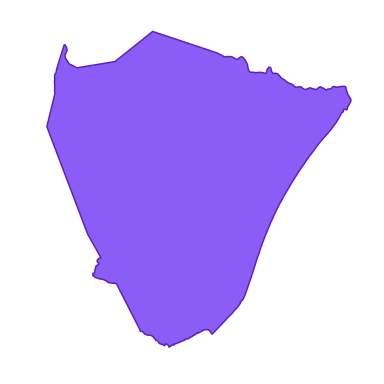 outline of Santa María Colotepec, Oaxaca, Mexico, rotated 275°
{"feature_id": "50627088B92566493153794", "entity_name": "Santa María Colotepec", "entity_type": "district", "adm_level": 2, "iso_a3": "MEX", "parent_name": "Mexico", "parent_adm1": "Oaxaca", "projection": "albers", "projection_center": [-96.986, 15.853], "detail": "fine", "context": "isolated", "style": "filled", "palette": "violet", "viewbox_px": 384, "rotation_deg": 275, "n_neighbors": 0, "source": "geoboundaries", "source_scale": "gbopen_adm2", "svg_char_len": 5628}
<svg xmlns="http://www.w3.org/2000/svg" viewBox="0 0 384 384"><g transform="rotate(275 192 192)"><path d="M348.5,138.8L315.2,103.9L305.7,66.6L308.9,58.6L314.1,54.4L317.0,53.5L322.2,55.2L325.0,54.5L327.6,52.6L327.2,51.8L308.0,47.6L306.6,47.5L306.3,47.3L305.7,47.1L305.0,47.0L304.1,46.8L302.8,46.4L301.9,46.3L300.5,46.3L299.1,46.1L298.4,45.9L298.1,45.6L297.4,45.3L295.8,45.0L294.9,45.0L294.0,45.2L293.3,45.4L292.5,45.5L291.6,45.5L290.8,45.4L289.9,45.3L289.1,45.5L287.8,45.7L285.8,46.0L284.4,46.0L283.4,46.2L281.8,46.3L280.2,46.4L278.3,46.8L277.6,46.8L244.5,41.7L141.0,91.7L118.6,107.0L118.1,106.0L118.0,105.5L117.8,105.1L117.1,104.4L116.6,104.1L116.2,103.8L115.6,103.6L115.0,103.5L114.4,103.7L113.8,104.2L113.2,104.7L112.8,105.4L112.5,105.5L112.2,105.3L111.8,105.1L111.4,104.8L110.9,104.0L110.1,103.0L109.6,102.8L109.1,102.6L108.7,102.6L108.1,102.7L107.6,102.4L106.1,102.1L105.8,102.2L105.3,102.2L103.6,102.0L103.3,101.8L102.1,101.3L102.3,100.5L101.6,100.4L101.0,100.4L99.8,100.8L99.5,101.3L99.5,101.7L99.0,102.8L98.3,103.1L98.4,103.7L98.3,104.1L98.1,104.8L97.8,106.2L97.6,106.7L97.6,107.3L97.3,107.7L97.4,108.5L97.2,109.0L97.2,110.8L96.9,111.9L96.3,113.5L96.0,114.1L95.6,114.7L95.0,115.7L94.5,116.7L94.1,121.1L94.5,122.6L94.1,124.7L50.6,151.9L49.2,152.5L48.8,153.0L48.7,154.6L46.1,157.8L45.5,160.6L45.8,163.1L45.6,163.4L44.9,165.2L43.2,166.9L42.8,167.3L42.3,167.9L41.9,168.3L41.7,168.5L41.2,168.8L41.3,169.2L41.3,169.4L41.2,169.7L41.0,170.1L40.9,170.3L40.2,171.1L39.8,171.4L39.6,171.7L39.4,171.8L39.2,171.9L38.9,172.0L38.2,173.0L37.9,173.6L37.8,174.9L37.6,175.3L37.7,176.1L37.6,176.3L37.2,176.8L37.0,177.0L36.6,177.7L36.6,178.0L36.8,178.4L37.2,178.5L37.5,178.6L37.9,178.7L38.1,178.8L38.1,179.0L38.3,179.1L38.4,179.3L38.4,179.5L38.3,179.9L38.1,180.1L38.1,180.5L36.7,182.3L35.5,182.7L35.8,183.1L36.0,183.2L36.0,183.4L36.8,184.3L37.2,184.9L37.6,185.4L37.7,185.5L37.8,186.2L37.8,186.3L38.1,186.7L38.4,187.1L38.5,187.3L38.4,187.5L38.5,187.5L38.8,187.5L38.7,187.7L38.8,187.8L39.1,188.0L39.1,188.3L39.3,188.5L39.4,188.9L39.5,189.1L39.6,189.4L39.7,189.6L39.8,189.7L40.1,190.3L40.3,190.6L40.3,190.9L40.4,191.1L40.6,191.4L40.7,191.7L41.0,191.9L41.1,192.1L41.3,192.6L41.5,192.8L41.5,193.0L41.4,193.1L41.5,193.2L41.7,193.7L41.9,193.8L42.2,194.1L42.6,195.1L42.7,195.4L42.7,195.6L42.9,196.0L43.1,196.2L43.4,196.4L43.6,196.8L43.5,197.0L43.9,197.5L44.0,197.7L44.1,197.8L44.3,197.7L44.4,197.9L44.2,197.9L44.3,198.3L44.8,198.6L45.0,199.0L45.3,199.4L45.4,200.4L45.4,200.7L45.5,201.2L46.2,201.5L46.3,202.0L46.5,202.2L46.7,202.4L46.7,202.5L46.9,202.8L46.8,203.0L47.1,203.2L47.3,203.4L47.4,203.5L47.7,203.7L47.7,203.9L47.8,204.0L48.0,204.3L48.1,204.5L48.3,205.0L48.5,205.2L48.7,205.4L48.9,205.4L48.9,205.6L49.0,205.8L49.0,206.0L49.4,206.4L49.5,206.4L49.7,206.5L49.7,206.9L49.8,207.1L49.9,207.4L50.4,207.6L50.6,207.8L51.4,208.6L51.4,209.0L51.7,209.1L51.9,209.1L51.9,209.4L51.8,209.6L51.8,209.9L51.9,210.2L52.1,210.2L52.1,210.4L52.4,210.5L52.6,210.6L52.7,210.9L52.6,211.4L53.0,211.8L53.5,212.8L53.8,213.2L53.9,213.3L54.0,213.4L54.1,213.7L54.4,214.3L54.5,214.6L55.1,214.6L55.8,216.5L55.9,217.3L56.0,217.6L56.2,218.9L56.2,219.4L56.1,220.1L55.6,221.4L54.6,222.3L54.1,222.7L53.4,223.3L52.2,224.3L52.2,224.5L52.9,224.9L53.2,225.4L53.8,225.7L54.5,226.3L55.1,226.9L55.9,227.3L57.0,228.4L60.1,230.9L61.0,231.5L62.3,232.7L62.9,233.1L63.6,233.6L65.0,234.7L66.8,236.2L68.6,237.5L70.4,238.9L70.9,239.3L71.4,239.8L72.0,240.3L72.7,240.9L73.4,241.5L74.2,242.2L76.9,244.0L79.6,246.2L80.7,247.0L82.1,247.9L83.1,248.6L85.5,249.9L86.0,249.9L86.4,249.8L86.7,249.9L86.8,250.1L87.3,250.6L88.2,251.3L89.6,252.1L91.9,253.1L95.0,254.0L99.4,255.2L101.2,255.7L103.6,256.2L105.4,256.7L108.1,257.3L109.1,257.6L112.3,258.4L113.6,258.6L115.0,259.0L126.5,261.6L130.8,262.5L137.7,264.3L140.9,265.1L143.6,265.6L145.2,266.2L147.2,266.6L149.6,267.3L155.0,268.8L157.7,269.7L160.3,270.6L162.8,271.2L164.9,272.0L169.2,273.3L173.1,274.8L175.2,275.5L179.8,277.2L186.3,279.7L191.9,282.2L194.1,283.1L195.8,283.7L198.6,285.2L200.5,286.0L203.1,287.4L207.5,289.4L215.3,293.3L217.1,294.3L219.7,295.6L221.5,296.5L228.1,300.2L230.6,301.7L233.1,303.0L235.3,304.4L238.7,306.3L242.4,308.8L244.9,310.2L251.3,314.2L253.3,315.6L257.4,318.5L262.1,322.1L264.0,323.3L266.1,324.8L267.4,325.7L271.8,328.2L273.2,329.3L274.1,329.8L278.7,331.9L280.2,332.5L283.1,333.9L284.5,334.8L284.8,335.4L285.1,335.7L286.4,335.5L286.8,335.7L287.1,336.0L287.6,336.0L287.9,336.5L287.8,337.1L287.5,338.0L287.6,338.3L287.4,338.5L287.6,338.9L287.5,339.1L287.8,339.4L288.1,339.4L288.4,339.2L288.8,339.4L289.8,339.6L291.7,340.4L295.8,342.2L298.0,342.3L302.6,338.9L306.7,337.0L308.8,336.3L309.6,336.3L310.0,336.0L310.4,335.3L310.6,334.5L310.1,331.3L309.5,329.0L309.0,327.4L309.5,324.1L309.1,323.0L308.4,322.5L307.0,321.8L306.3,318.0L305.6,317.6L305.4,316.8L306.5,314.4L307.7,311.5L307.9,310.6L307.4,309.4L306.6,308.5L305.3,307.4L305.0,306.4L305.2,304.4L305.5,302.8L306.0,301.0L305.9,299.8L304.1,296.6L304.2,294.6L305.1,292.8L305.7,292.3L306.1,291.7L306.2,290.7L305.9,288.6L305.4,286.4L306.3,284.6L307.2,283.9L308.2,281.9L308.6,279.9L310.1,276.4L311.4,275.0L313.4,271.0L316.6,267.9L317.3,266.9L317.6,264.6L317.2,262.7L318.0,261.6L320.3,260.2L322.4,259.8L323.0,259.1L323.0,257.8L321.7,256.8L320.6,256.2L318.5,255.8L317.2,255.7L316.6,254.4L317.2,251.1L317.2,249.5L316.5,245.4L316.4,244.5L316.6,243.0L316.6,241.8L316.4,240.1L316.8,238.9L318.5,237.7L321.3,236.7L323.7,236.2L324.3,235.9L328.0,233.5L330.4,231.3L331.0,230.4L330.9,228.8L330.2,227.8L328.2,225.6L328.2,224.4L329.7,221.2L330.3,219.3L330.2,217.7L330.0,215.4L329.4,212.8L329.5,212.3L330.3,210.7L332.6,205.3L348.5,138.8Z" fill="#8b5cf6" stroke="#5b21b6" stroke-width="1.5"/></g></svg>